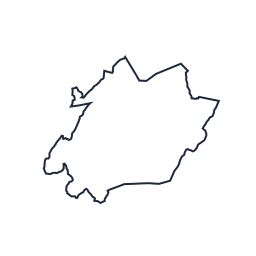 outline of Assaré, Ceará, Brazil, rotated 155°
{"feature_id": "56859067B95707829386079", "entity_name": "Assaré", "entity_type": "district", "adm_level": 2, "iso_a3": "BRA", "parent_name": "Brazil", "parent_adm1": "Ceará", "projection": "natural_earth1", "projection_center": [-39.823, -6.92], "detail": "fine", "context": "isolated", "style": "outline", "palette": "slate", "viewbox_px": 256, "rotation_deg": 155, "n_neighbors": 0, "source": "geoboundaries", "source_scale": "gbopen_adm2", "svg_char_len": 3536}
<svg xmlns="http://www.w3.org/2000/svg" viewBox="0 0 256 256"><g transform="rotate(155 128 128)"><path d="M209.8,138.3L210.6,136.7L211.5,134.8L213.1,134.0L214.8,134.8L216.0,134.6L217.6,132.8L218.5,131.1L219.1,130.2L219.7,129.0L220.4,127.8L221.4,127.0L221.5,125.5L221.7,121.5L220.0,120.4L218.6,119.5L216.9,118.9L215.5,119.2L212.9,118.2L211.7,117.2L210.5,117.2L208.8,117.3L207.4,116.9L205.9,117.2L203.9,118.0L203.1,119.2L202.1,121.2L201.7,122.6L200.6,122.5L200.1,120.4L200.4,118.4L200.8,117.1L200.4,115.8L201.0,113.9L201.8,111.7L200.4,109.1L199.8,107.8L199.7,105.8L199.8,104.6L200.6,103.8L201.7,103.4L202.9,103.7L204.0,103.9L205.4,102.7L206.7,102.2L207.7,101.5L208.7,100.7L209.3,99.4L210.2,98.1L210.5,96.7L210.1,95.6L210.7,94.4L209.8,93.4L209.1,91.7L208.2,89.9L206.7,89.3L204.9,88.5L204.6,86.4L203.3,86.2L202.3,87.3L201.0,88.1L199.2,88.5L197.2,88.7L195.7,88.7L194.3,89.8L193.0,90.4L191.5,90.5L190.9,89.1L190.8,87.7L190.6,86.1L190.0,84.5L189.4,82.3L189.2,80.6L188.1,79.4L187.7,78.1L189.3,76.3L188.4,75.6L186.6,74.7L185.4,73.1L184.7,71.7L183.2,71.7L181.5,71.8L179.9,71.7L179.3,73.1L178.5,73.9L177.1,74.7L176.2,75.5L175.2,75.8L173.9,77.0L172.9,78.2L173.0,79.8L171.0,79.9L160.8,79.1L155.1,78.7L147.8,75.6L136.6,71.0L132.3,69.1L123.6,64.3L112.1,62.4L110.5,63.8L108.2,65.8L105.9,67.9L104.6,69.1L102.7,70.2L101.1,71.0L100.0,71.5L98.9,72.3L97.8,73.1L96.8,74.0L96.1,74.9L94.8,76.3L93.9,77.3L92.2,78.5L91.0,79.4L89.4,79.8L88.2,80.0L86.8,82.0L85.5,82.9L84.4,83.8L82.7,83.6L81.7,82.1L80.7,81.5L80.0,80.6L79.3,79.5L78.1,79.3L76.2,79.8L74.2,80.8L73.1,81.9L71.7,83.1L70.1,83.7L69.0,83.7L67.4,84.0L65.3,84.4L64.0,84.7L63.1,85.4L61.3,87.0L60.3,87.9L59.4,89.8L59.3,91.4L59.0,93.1L59.7,94.2L60.5,96.0L58.2,97.7L57.2,98.1L55.4,99.2L54.4,100.2L51.4,101.5L49.5,102.9L46.4,103.0L43.5,105.8L42.8,106.9L42.0,108.0L39.8,109.2L38.1,110.7L37.0,111.7L36.1,112.5L35.2,113.2L34.3,114.2L50.5,126.2L51.8,125.1L52.6,125.9L54.2,125.7L55.4,126.4L56.2,127.2L57.8,128.0L57.1,129.8L57.3,131.9L57.5,133.7L56.3,135.5L56.4,137.6L56.5,139.1L56.8,140.3L55.9,142.1L55.2,144.1L55.2,145.4L55.0,146.6L54.5,148.1L53.7,149.1L53.3,150.5L53.0,151.8L52.1,153.8L50.7,154.1L49.6,154.5L52.9,163.9L58.5,164.2L79.7,165.2L87.8,163.6L91.4,162.9L97.7,166.2L98.2,172.3L100.5,193.6L102.0,192.6L103.6,193.0L105.0,193.0L106.5,193.1L108.1,192.6L109.9,192.1L111.5,191.4L113.2,190.6L114.4,190.4L115.4,189.9L116.3,188.3L117.4,186.9L117.8,185.4L118.9,184.6L122.4,187.3L125.3,189.9L128.9,183.7L130.2,183.1L131.7,183.2L132.9,182.7L133.8,182.0L135.5,181.4L137.6,180.6L139.0,180.4L140.8,180.2L142.4,179.5L143.7,178.6L145.4,178.1L146.8,177.9L148.5,177.3L150.0,176.8L151.5,176.1L152.5,175.8L153.8,174.8L155.5,174.3L157.2,175.4L155.9,175.8L155.2,177.4L155.1,178.6L155.5,180.2L156.7,181.7L157.4,182.9L157.2,185.6L157.8,186.8L159.1,186.6L161.8,187.2L162.5,184.9L163.2,183.7L164.5,181.5L163.4,179.8L163.6,177.9L164.5,176.0L166.5,176.3L168.1,173.5L170.7,171.6L162.1,168.9L160.5,168.6L151.7,166.4L153.8,165.8L155.3,165.0L156.8,164.2L158.5,163.3L159.5,162.5L160.7,162.2L161.6,161.4L162.3,160.4L163.1,159.2L164.1,158.9L165.4,158.7L167.0,158.5L167.9,156.8L168.9,156.0L170.1,154.7L171.3,153.5L172.2,152.9L173.3,151.8L174.5,150.7L175.4,149.9L177.5,148.4L179.0,147.5L180.2,147.1L181.1,146.5L181.7,145.3L182.7,143.9L183.8,142.5L185.0,142.0L186.8,142.3L187.2,143.4L188.4,144.0L188.7,145.2L191.3,145.5L190.4,148.4L191.3,149.0L192.6,148.3L193.7,147.4L195.4,146.8L196.4,146.3L198.9,145.1L200.3,144.0L202.0,143.1L203.2,142.2L204.9,141.8L206.6,140.7L208.3,139.4L209.8,138.3Z" fill="none" stroke="#1e293b" stroke-width="2"/></g></svg>